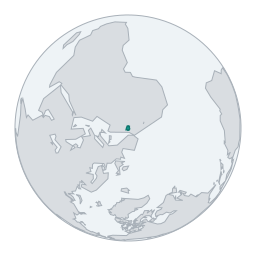 Naâma on an orthographic globe, rotated 196°
{"feature_id": "DZA-2149", "entity_name": "Naâma", "entity_type": "Province", "adm_level": 1, "iso_a3": "DZA", "parent_name": "Algeria", "parent_adm1": "", "projection": "orthographic", "projection_center": [-0.771, 33.209], "detail": "fine", "context": "on_globe", "style": "filled", "palette": "teal", "viewbox_px": 256, "rotation_deg": 196, "n_neighbors": 0, "source": "natural_earth", "source_scale": "10m", "svg_char_len": 9821}
<svg xmlns="http://www.w3.org/2000/svg" viewBox="0 0 256 256"><g transform="rotate(196 128 128)"><circle cx="128" cy="128" r="113" fill="#eef3f6" stroke="#a8b0b8"/><path d="M26.9,78.4L27.8,76.5L39.5,58.3L44.7,52.2L50.2,46.5L56.2,41.2L56.5,41.0L65.7,34.8L62.8,36.8L65.4,35.4L69.1,32.9L70.9,31.7L84.7,25.6L97.6,20.7L100.0,19.4L100.8,19.7L104.1,18.0L106.9,17.4L108.2,17.1L104.4,18.0L104.6,18.1L109.1,17.1L110.4,17.1L113.3,16.7L114.3,16.8L111.0,17.8L111.6,18.0L114.8,17.4L117.8,17.3L113.1,18.2L117.9,18.3L113.2,20.7L99.7,24.2L98.1,26.7L86.8,33.6L88.9,33.5L85.9,36.5L87.2,37.6L84.7,38.8L87.8,38.6L89.8,37.3L91.9,36.8L92.8,37.4L89.8,39.1L88.9,39.0L88.5,39.8L86.7,40.4L88.1,40.5L84.4,42.5L89.4,41.4L87.6,43.9L84.8,45.1L83.4,43.7L73.3,43.8L70.0,45.1L66.8,48.0L64.3,55.9L61.4,58.0L58.7,61.8L61.1,61.1L64.0,57.9L67.8,57.7L71.0,54.2L73.0,53.7L76.9,50.8L78.1,52.8L77.2,56.3L73.9,58.9L73.4,60.7L78.0,59.6L73.4,66.1L72.8,73.6L71.4,75.3L66.1,75.7L62.4,71.8L55.4,73.5L61.7,74.1L58.2,78.8L58.3,80.5L59.6,81.3L61.7,80.3L60.8,82.4L54.3,82.3L54.9,80.3L57.0,80.3L55.2,78.6L50.8,79.1L49.3,81.8L44.1,80.6L43.0,82.5L41.3,83.6L43.4,80.4L39.5,86.2L33.2,87.5L27.8,97.9L31.1,87.5L31.1,84.4L30.6,81.7L29.7,83.4L30.3,78.4L28.6,78.4L24.7,85.0L21.8,92.4L21.4,96.9L22.8,94.7L23.4,97.1L19.7,104.1L20.2,110.8L18.3,117.2L18.0,122.3L19.1,124.1L19.9,128.5L21.7,126.4L24.0,127.3L22.9,133.0L25.1,129.6L25.8,134.0L31.1,139.8L30.4,140.6L34.7,152.2L41.3,160.2L42.8,165.4L41.8,167.3L44.5,169.8L44.6,171.5L56.9,180.5L64.5,187.6L65.2,193.0L60.6,196.7L60.6,206.9L53.4,205.9L54.4,209.4L53.7,211.9L49.0,208.0L53.3,212.2L53.1,212.1L46.1,205.3L39.7,197.9L34.0,190.0L28.8,180.3L26.5,175.6L22.6,167.0L17.5,148.2L17.5,144.1L17.0,140.3L18.8,136.2L19.2,127.7L18.9,125.2L17.9,126.7L17.5,117.2L18.6,109.8L23.5,85.9L26.9,78.4ZM26.0,101.0L26.7,111.9L24.8,109.1L25.4,108.8L25.6,105.3L25.3,100.6L24.0,98.6L26.0,101.0ZM29.8,98.2L29.6,96.8L30.0,97.8L29.8,98.2ZM71.6,31.2L69.0,32.9L65.2,35.3L67.2,33.8L71.6,31.2ZM79.0,27.3L78.2,27.9L75.4,29.0L76.7,28.3L79.0,27.3ZM101.3,18.8L99.1,19.4L100.9,18.8L101.3,18.8ZM113.5,16.6L115.1,16.4L113.5,16.6ZM76.0,50.0L76.5,50.4L75.5,50.7L76.0,50.0ZM77.3,48.4L75.9,48.5L76.3,47.8L77.2,47.8L77.3,48.4ZM118.0,16.6L120.2,16.5L117.4,16.7L118.0,16.6ZM79.0,48.5L77.2,46.5L77.9,45.3L81.9,44.2L79.0,48.5ZM121.1,16.6L126.3,16.9L127.4,16.5L127.5,17.9L122.9,17.1L119.4,17.3L121.3,16.9L121.1,16.6ZM90.1,36.6L88.0,38.1L88.9,36.4L90.1,36.6ZM90.1,35.7L89.9,31.6L93.5,30.0L92.8,31.6L96.7,29.2L98.6,30.4L96.8,32.0L94.2,32.7L96.9,32.6L90.1,35.7ZM126.7,18.8L127.4,19.1L126.0,19.0L126.7,18.8ZM92.7,36.5L92.4,35.8L95.4,34.3L96.7,35.5L95.3,35.6L92.7,36.5ZM96.9,28.2L99.3,27.4L101.5,28.1L102.8,27.9L98.9,30.3L96.9,28.2ZM95.1,36.2L97.3,36.2L96.7,37.6L93.3,37.2L95.1,36.2ZM95.7,33.4L97.2,32.8L96.8,33.5L95.7,33.4ZM95.8,42.5L95.3,41.4L96.8,40.5L95.8,42.5ZM98.1,36.2L98.3,35.7L98.9,35.3L100.1,35.6L98.1,36.2ZM100.7,30.7L101.1,31.2L102.4,29.7L104.1,30.4L101.2,31.9L103.1,31.5L103.6,31.7L100.7,32.8L100.7,30.7ZM103.1,34.7L100.0,37.1L100.6,39.2L99.2,40.0L98.6,36.6L103.1,34.7ZM102.0,33.4L102.4,34.4L100.5,34.8L99.0,34.5L102.0,33.4ZM106.2,30.3L104.4,28.9L105.1,28.6L106.2,30.3ZM103.6,35.2L104.4,34.6L103.9,35.3L103.6,35.2ZM105.9,31.6L105.1,31.1L105.9,30.8L105.9,31.6ZM106.5,33.9L105.5,34.6L104.4,34.4L106.5,33.9ZM106.5,32.8L107.8,32.5L104.7,33.8L106.0,32.6L106.5,32.8ZM106.7,31.4L107.0,31.1L106.9,31.7L106.7,31.4ZM110.9,34.6L107.2,36.4L105.0,35.7L108.8,34.1L110.9,34.6ZM153.5,18.3L152.4,18.1L141.2,16.9L146.1,17.3L146.2,17.5L148.6,18.0L152.0,18.4L151.7,18.2L162.9,21.8L173.3,25.5L169.8,23.7L170.3,23.7L174.0,25.2L181.6,28.9L188.9,33.2L195.8,38.1L202.4,43.4L202.5,43.5L199.8,41.3L204.5,45.4L205.7,46.4L205.4,46.1L211.4,52.3L216.9,58.8L221.9,65.8L226.4,73.1L230.2,80.7L233.5,88.7L236.2,96.8L234.7,92.4L235.9,96.8L234.6,93.3L231.8,89.4L232.7,95.7L235.0,111.4L237.3,120.9L237.2,127.3L232.2,118.1L228.5,110.1L227.7,113.0L221.7,109.2L214.2,116.4L212.3,114.7L211.1,117.3L206.8,117.3L203.6,114.3L201.4,116.2L209.7,123.9L212.0,122.0L212.7,116.1L214.7,119.4L218.8,120.3L217.2,133.0L204.7,150.5L202.1,143.7L185.6,128.0L185.3,125.4L185.2,125.2L184.9,124.8L184.8,129.2L181.5,125.9L191.8,138.0L194.1,143.8L204.5,151.1L203.9,152.7L206.9,153.5L214.7,145.6L215.0,148.1L212.1,161.8L200.1,182.8L201.0,191.2L198.8,199.0L189.6,207.1L188.8,211.9L183.8,215.3L182.4,218.1L177.4,222.1L169.8,226.4L158.6,229.1L159.2,227.1L155.6,223.7L151.2,212.8L155.4,206.1L155.0,201.2L146.7,190.7L148.6,183.5L146.1,180.8L141.0,182.1L137.9,178.8L134.8,178.9L113.9,181.9L106.8,176.9L96.4,161.1L99.6,155.2L98.8,147.8L119.8,122.8L125.8,124.1L144.0,119.1L146.5,119.7L146.0,125.9L161.0,130.6L163.9,124.8L175.9,125.6L182.8,123.1L182.3,111.3L171.0,115.3L167.4,110.6L175.1,102.8L184.8,99.7L183.7,97.8L176.2,95.6L177.0,90.9L173.5,94.5L176.0,96.0L173.8,98.4L171.4,97.3L171.8,95.6L168.5,95.7L167.5,104.2L169.9,106.6L162.1,110.3L165.4,114.8L163.8,117.7L157.7,111.3L157.2,108.5L146.9,102.3L146.7,105.5L156.4,111.7L154.0,111.6L153.8,116.5L152.0,112.7L141.5,105.6L133.6,108.6L125.8,121.2L120.7,122.5L115.3,120.3L115.7,108.3L127.1,106.9L127.4,103.0L123.0,97.9L126.9,98.0L126.5,95.9L130.7,95.2L134.5,89.5L138.4,88.4L137.9,81.9L139.8,80.6L139.5,84.8L141.4,87.2L150.9,85.0L152.1,83.3L151.1,79.3L153.8,79.4L151.6,75.9L156.0,73.1L148.7,73.8L147.3,69.6L148.9,65.8L147.1,64.7L144.5,71.0L144.6,73.5L146.8,75.3L146.0,82.7L143.2,84.5L139.0,77.6L134.6,79.5L133.3,73.7L141.3,59.6L145.6,56.2L156.8,58.6L156.9,61.4L153.0,61.8L158.4,64.9L157.1,62.9L159.4,63.1L158.6,59.6L160.2,59.6L156.7,56.4L158.5,56.1L160.7,58.1L161.1,53.0L164.4,51.6L163.7,50.5L162.0,49.7L167.3,48.7L166.6,48.0L164.6,48.0L161.8,46.6L159.0,43.8L161.0,43.6L162.3,44.5L167.9,46.5L171.0,49.3L171.6,49.0L169.3,46.5L162.4,44.1L160.2,42.5L163.5,43.2L162.1,42.9L161.6,42.0L163.0,41.1L159.3,40.2L151.2,32.5L153.0,30.3L156.8,31.5L153.2,26.9L155.5,25.4L153.7,25.3L150.7,23.5L149.9,23.9L148.8,23.8L140.8,20.0L140.4,19.2L134.9,18.1L133.9,18.2L133.9,18.6L127.5,17.9L127.4,16.5L129.5,16.4L128.0,15.9L133.2,15.9L136.7,15.9L143.3,16.7L145.5,16.9L144.7,16.7L146.4,16.9L153.5,18.3ZM114.4,136.1L114.3,138.4L114.4,136.1ZM196.4,102.0L201.2,99.4L196.6,93.9L198.1,92.6L196.0,91.4L196.3,93.6L190.8,89.9L192.0,86.7L190.2,84.1L188.4,84.9L187.1,91.5L195.0,96.6L194.9,100.1L196.4,102.0ZM31.3,139.9L31.8,141.7L30.8,140.8L31.3,139.9ZM23.7,110.9L24.2,112.3L24.3,113.8L23.7,113.1L23.7,110.9ZM30.2,121.5L31.2,123.5L29.8,122.4L30.2,121.5ZM27.0,113.4L29.3,120.3L26.7,119.0L25.4,114.8L26.8,116.3L27.0,113.4ZM27.9,100.8L28.1,102.0L27.5,102.8L27.9,100.8ZM30.2,98.9L30.0,98.7L30.2,97.5L30.2,98.9ZM58.6,78.8L59.0,78.9L60.0,80.2L58.8,80.3L58.6,78.8ZM68.4,82.0L66.8,85.4L67.1,82.9L65.2,83.6L63.5,79.6L70.7,76.0L67.7,78.3L68.4,82.0ZM63.2,73.6L63.5,76.3L62.9,73.5L63.2,73.6ZM120.4,85.7L122.4,86.9L121.8,89.4L116.9,91.6L117.7,87.8L120.4,85.7ZM125.5,88.0L122.8,81.0L125.7,79.6L124.5,81.5L126.8,81.3L125.4,84.4L130.9,90.3L130.7,93.0L121.7,95.0L124.8,92.7L122.6,91.6L125.5,88.0ZM110.6,67.9L109.4,65.5L117.3,65.5L117.5,67.8L112.6,69.9L109.5,68.4L110.6,67.9ZM86.4,47.3L85.4,46.9L86.2,46.4L87.7,46.3L86.4,47.3ZM95.4,42.1L91.4,48.8L90.1,48.6L89.3,53.1L85.5,54.4L86.2,51.3L82.7,55.9L81.8,53.7L79.8,56.9L81.7,50.1L80.7,48.5L83.2,49.7L86.7,48.5L87.9,47.5L90.6,43.6L90.3,40.0L93.6,38.4L96.1,38.3L96.7,39.0L94.3,39.7L96.8,40.1L93.8,41.6L95.4,42.1ZM123.1,41.9L120.1,41.8L124.6,44.0L121.7,45.1L122.4,45.3L120.9,47.0L120.3,49.4L118.7,49.6L119.2,50.5L118.2,51.8L118.3,53.1L115.5,54.1L115.4,55.8L114.1,55.3L114.6,58.1L113.0,56.5L111.5,58.1L113.9,58.9L98.5,62.2L93.4,65.3L90.0,68.9L87.6,66.0L89.2,60.9L93.0,55.5L98.3,53.1L96.3,52.3L98.2,51.0L99.0,52.1L98.9,49.7L100.7,48.9L104.2,45.0L102.9,42.2L104.1,40.8L105.5,41.5L105.7,39.6L109.2,40.2L110.2,39.2L114.5,39.0L116.7,41.2L117.6,40.0L121.0,40.0L123.1,41.9ZM112.1,34.6L115.4,36.7L115.4,38.4L107.7,38.1L106.4,38.9L101.5,39.1L101.7,36.7L103.0,36.8L104.4,36.4L103.8,37.3L105.3,36.3L107.3,36.5L109.0,35.8L109.6,36.6L112.1,34.6ZM148.4,117.0L150.2,117.0L152.8,116.2L152.7,119.4L148.4,117.0ZM141.2,112.3L142.7,111.6L143.8,115.5L142.0,115.7L141.2,112.3ZM142.5,108.1L142.7,111.3L141.5,109.7L142.5,108.1ZM140.8,84.0L142.3,83.3L142.8,84.1L142.5,85.7L140.8,84.0ZM135.9,49.6L134.2,49.1L134.4,48.5L131.9,46.2L133.9,45.3L136.2,46.4L135.9,49.6ZM180.9,113.9L179.5,116.8L178.2,116.1L179.0,115.3L180.9,113.9ZM165.9,118.6L169.8,119.0L165.8,119.5L165.9,118.6ZM137.7,48.3L136.4,47.4L138.2,47.6L137.7,48.3ZM135.3,44.6L137.2,44.6L133.9,45.0L135.3,44.6ZM212.8,190.0L203.7,205.3L200.0,207.5L200.6,204.5L204.8,196.0L209.6,191.3L212.3,186.5L212.8,190.0ZM237.6,121.5L238.9,125.5L238.7,127.7L237.6,121.5ZM153.0,41.7L154.2,45.8L156.3,48.6L159.6,49.7L155.5,50.0L152.2,45.7L153.0,41.7ZM151.2,33.6L148.3,32.8L149.2,32.2L150.0,32.3L151.2,33.6ZM149.7,33.8L146.9,34.7L145.0,33.8L147.6,33.2L149.7,33.8ZM142.4,41.1L142.6,42.3L141.2,42.1L142.4,41.1ZM171.6,24.1L169.0,23.2L167.1,22.5L168.8,23.0L171.6,24.1ZM128.3,18.9L127.5,19.1L127.5,18.7L128.3,18.9ZM148.4,24.0L146.9,23.8L147.0,23.3L148.4,24.0ZM142.7,22.9L143.7,23.7L141.8,23.0L142.7,22.9ZM146.2,25.4L143.8,24.0L147.3,25.2L146.2,25.4Z" fill="#d9dde1" stroke="#a8b0b8" stroke-width="1"/><path d="M127.2,129.9L127.2,129.7L127.3,129.6L127.5,129.5L127.6,129.4L127.1,129.0L126.9,128.9L126.7,128.5L126.8,128.5L126.8,128.4L126.7,128.2L126.5,127.9L126.5,127.7L126.6,127.4L126.5,127.1L126.4,127.1L126.5,126.9L126.4,126.7L126.5,126.6L126.5,126.3L126.6,126.2L126.8,126.1L127.0,126.1L127.3,126.0L127.4,125.9L127.5,125.9L127.5,126.0L127.6,125.9L127.7,126.0L127.8,126.0L128.0,126.0L128.1,125.9L128.3,125.8L128.5,126.0L128.4,126.0L128.5,126.1L128.6,126.4L128.6,126.5L128.8,126.5L128.8,126.4L129.0,126.3L129.2,126.5L129.3,126.4L129.3,126.8L129.3,127.2L129.4,127.7L129.4,127.8L129.3,128.2L129.2,128.3L129.3,128.8L129.1,129.2L129.1,129.3L129.3,129.4L129.3,129.5L129.2,129.7L127.9,130.2L127.7,130.0L127.6,129.9L127.4,129.9L127.2,129.9L127.2,129.9Z" fill="#14b8a6" stroke="#0f766e" stroke-width="1.5"/></g></svg>